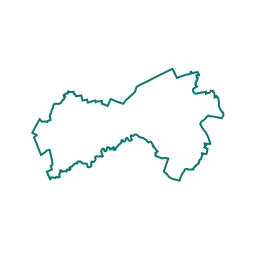 the district of Catalina, Covasna, Romania, rotated 30°
{"feature_id": "2599482B45349138492818", "entity_name": "Catalina", "entity_type": "district", "adm_level": 2, "iso_a3": "ROU", "parent_name": "Romania", "parent_adm1": "Covasna", "projection": "albers", "projection_center": [26.117, 45.937], "detail": "fine", "context": "isolated", "style": "outline", "palette": "teal", "viewbox_px": 256, "rotation_deg": 30, "n_neighbors": 0, "source": "geoboundaries", "source_scale": "gbopen_adm2", "svg_char_len": 5836}
<svg xmlns="http://www.w3.org/2000/svg" viewBox="0 0 256 256"><g transform="rotate(30 128 128)"><path d="M198.9,147.9L198.0,143.2L198.0,140.2L198.2,134.9L199.0,134.5L199.8,133.8L200.2,133.7L200.7,133.9L201.7,133.5L203.5,132.3L203.9,132.3L205.3,131.0L204.7,130.5L205.8,126.5L205.5,126.5L207.0,122.9L206.3,122.4L206.5,121.1L206.1,120.8L206.0,120.4L206.1,119.6L206.8,118.2L206.6,117.6L206.4,117.4L205.9,113.6L204.8,113.5L204.7,112.7L205.6,112.6L208.9,111.3L208.6,109.8L207.3,106.3L203.8,106.6L204.3,103.8L203.1,104.4L202.2,103.5L202.0,103.2L204.6,102.1L207.2,100.6L206.2,99.5L204.3,97.8L202.1,95.9L200.1,94.5L197.5,92.9L194.0,91.6L188.7,88.6L188.4,86.4L188.6,85.1L189.7,83.1L190.2,81.9L190.2,81.3L190.9,78.2L191.4,77.4L191.4,77.0L193.0,77.0L194.7,76.0L196.5,75.3L203.9,72.8L203.8,72.7L204.2,72.4L204.4,69.5L202.7,67.1L202.2,67.3L201.1,66.9L197.7,65.2L197.2,64.8L195.8,63.3L194.7,61.7L194.0,60.3L193.4,59.6L191.1,57.0L189.8,56.3L188.6,56.0L188.5,56.5L188.9,57.2L188.8,57.4L188.1,57.5L187.5,56.9L187.2,57.1L187.2,57.4L186.0,55.5L185.6,55.1L184.7,54.2L183.7,54.1L183.2,53.2L181.0,54.4L181.2,56.3L178.4,59.3L177.3,57.6L175.2,59.8L173.6,60.9L173.5,60.7L169.9,64.3L168.6,64.5L166.8,64.2L165.4,62.7L165.0,62.1L164.9,61.7L165.5,60.2L166.1,59.4L166.2,59.1L166.1,58.6L166.2,58.3L167.0,57.9L167.2,57.5L167.1,57.4L166.0,57.5L165.5,57.4L165.1,57.2L164.1,56.0L164.1,55.8L164.6,55.5L164.0,54.9L163.8,54.2L163.7,53.9L163.6,53.7L163.9,53.4L164.2,52.6L163.9,51.8L163.5,49.9L163.4,49.7L162.6,50.3L161.0,48.4L161.6,48.0L161.5,47.4L163.1,46.8L162.7,46.1L161.6,45.6L160.5,44.7L157.8,46.8L157.9,47.0L155.2,49.3L154.6,47.7L154.2,47.9L154.6,49.0L155.0,49.8L153.1,51.8L152.1,52.3L149.2,55.5L147.4,57.6L145.5,60.2L136.9,54.5L129.6,65.3L119.6,80.7L117.2,84.0L114.9,88.1L115.8,92.3L115.9,93.2L115.0,96.7L114.2,98.8L113.1,102.7L112.3,104.6L111.8,108.8L111.5,109.6L107.5,110.1L107.5,110.4L98.5,111.6L99.4,119.0L93.1,120.0L93.0,119.9L91.9,117.6L89.0,119.8L87.2,120.8L87.1,121.3L87.1,121.5L85.7,120.6L80.6,126.1L80.4,126.0L78.3,123.8L75.0,126.9L71.3,123.2L67.0,126.5L65.4,125.3L64.8,125.2L64.1,125.6L62.9,123.8L59.2,126.3L59.1,125.9L58.1,126.1L57.7,126.5L58.0,126.9L58.4,127.4L58.4,127.6L58.1,127.7L58.0,127.9L58.5,128.3L58.3,128.6L57.4,128.9L56.7,129.6L56.6,130.2L56.3,130.4L56.3,131.0L55.9,131.7L56.7,132.0L56.8,131.6L57.2,131.7L57.9,132.3L58.0,132.6L57.9,132.9L57.6,132.9L57.6,133.1L57.3,133.3L58.0,133.8L58.0,134.1L58.2,134.5L58.1,135.0L57.8,135.4L57.8,135.7L57.7,135.8L57.6,136.4L57.5,136.8L57.7,137.5L57.4,137.9L57.2,138.4L57.4,139.4L57.0,140.1L56.7,141.1L56.6,141.3L56.0,141.6L55.5,142.0L53.2,143.3L52.5,143.6L52.3,143.8L52.5,144.2L52.4,144.4L52.1,144.7L52.1,146.1L53.2,148.8L52.8,150.2L53.0,151.0L53.3,151.4L53.4,152.1L53.6,152.3L53.9,153.4L54.0,154.1L53.9,155.2L54.2,156.3L54.4,156.9L54.7,157.2L55.4,157.9L55.7,158.0L56.3,159.2L56.9,159.9L56.9,160.1L56.1,160.5L55.5,161.4L54.9,162.0L55.0,162.2L55.0,162.6L55.1,163.1L53.4,163.7L50.5,165.4L49.5,165.4L48.4,164.9L47.1,164.5L47.2,171.9L47.6,180.0L52.5,179.8L51.3,183.2L55.6,186.4L66.1,194.8L68.2,190.9L68.8,188.2L71.0,186.1L74.9,190.2L80.3,196.3L80.9,197.4L80.1,199.5L82.9,201.9L79.6,206.4L81.3,207.8L82.7,208.8L86.3,211.3L86.4,211.1L86.5,210.6L86.3,209.5L86.3,209.0L86.4,208.9L87.5,208.5L88.6,208.0L89.4,208.0L89.9,207.8L90.2,207.5L90.2,206.5L90.4,206.1L91.6,206.0L92.3,205.4L93.2,205.0L93.3,204.3L93.1,203.9L91.6,202.7L91.5,201.8L91.8,201.1L91.8,200.8L91.5,200.2L90.8,199.5L90.6,198.9L90.6,198.4L90.9,198.2L91.7,198.0L92.1,198.1L92.6,198.5L93.6,198.3L93.9,197.7L94.7,197.1L95.7,196.5L96.5,196.5L96.5,195.8L96.3,195.5L96.0,195.0L96.0,194.7L96.2,194.4L96.9,193.9L98.0,193.9L98.4,193.7L98.8,192.7L98.8,192.3L97.5,192.0L97.2,191.6L97.2,191.4L97.5,190.8L98.8,189.3L98.8,188.4L99.3,187.4L99.2,186.5L99.3,186.1L100.1,184.9L101.7,184.3L101.7,184.2L101.8,183.8L101.2,182.7L101.2,182.2L103.6,180.8L104.2,180.8L105.3,181.4L106.6,181.1L107.4,181.1L108.8,180.1L110.0,179.7L110.7,179.9L111.1,180.3L112.4,181.8L113.2,181.9L114.1,181.3L114.6,180.5L115.2,180.0L115.3,179.6L115.2,179.2L114.5,178.4L114.3,178.0L114.2,177.3L113.3,176.0L113.2,175.5L113.4,175.1L114.7,175.2L115.4,174.3L115.5,173.9L115.6,173.0L115.7,172.2L115.7,171.5L115.5,171.2L114.5,170.3L114.2,169.5L114.3,168.9L114.6,168.4L114.9,168.2L117.1,167.3L117.4,167.1L117.9,166.4L118.2,166.2L119.5,166.1L119.8,165.9L120.2,165.3L120.2,165.0L120.0,164.7L118.3,163.5L116.2,161.3L116.1,161.0L116.3,158.8L116.5,158.3L116.8,158.2L117.6,158.2L118.2,158.6L118.7,159.4L119.0,159.6L119.4,159.7L120.2,159.5L120.4,159.2L120.7,158.2L120.6,157.9L120.0,156.9L119.7,155.4L119.7,155.0L120.1,154.7L121.8,154.3L122.1,154.5L122.5,155.3L123.4,155.5L123.8,155.3L124.0,155.0L124.1,154.0L124.7,152.4L125.1,151.9L125.4,151.9L125.8,152.2L125.9,153.6L126.3,154.0L127.0,154.0L127.6,153.6L127.8,153.3L127.9,152.9L127.9,152.5L127.4,151.7L127.4,151.2L127.9,150.2L128.1,149.3L128.3,148.7L128.2,147.5L128.4,146.7L129.1,145.6L129.5,143.7L129.4,143.5L128.8,142.7L128.6,142.0L128.6,141.7L128.8,141.5L129.3,141.3L130.4,141.8L130.8,141.8L131.7,141.5L132.0,140.7L132.0,140.0L131.6,138.8L131.6,137.6L131.9,137.1L132.6,137.1L133.3,137.4L134.6,138.2L135.4,138.4L136.1,138.1L137.0,137.2L137.2,136.8L137.2,136.3L135.4,134.8L135.1,134.3L134.9,133.8L134.4,133.4L134.4,132.9L134.7,132.5L136.1,132.5L136.5,132.2L136.9,131.4L137.0,130.4L137.9,129.8L138.5,129.5L139.5,129.5L142.2,130.2L142.9,129.8L143.7,129.8L145.1,129.5L145.6,129.2L146.3,129.1L148.6,129.3L149.9,129.2L150.7,129.5L151.5,130.0L153.0,130.3L153.2,130.1L153.4,129.3L153.5,129.2L154.9,128.5L159.2,130.9L158.7,131.1L158.7,131.5L163.0,132.7L165.4,133.5L165.0,134.5L164.2,135.5L165.0,135.9L165.1,137.6L165.8,138.4L166.9,138.3L169.0,137.7L172.2,137.5L173.6,136.8L174.1,136.3L174.4,135.7L175.0,135.2L178.2,134.4L180.7,147.6L182.0,148.1L183.6,148.2L184.7,148.5L188.4,150.0L189.1,149.9L191.7,149.9L198.9,147.9Z" fill="none" stroke="#0f766e" stroke-width="2"/></g></svg>